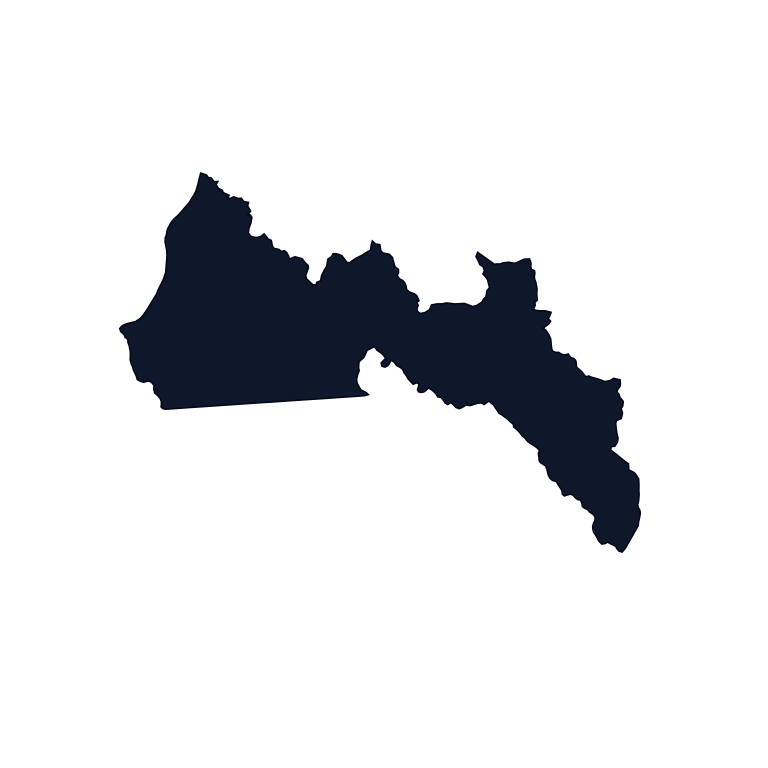 the district of Aragominas, Tocantins, Brazil, rotated 322°
{"feature_id": "56859067B19572205876105", "entity_name": "Aragominas", "entity_type": "district", "adm_level": 2, "iso_a3": "BRA", "parent_name": "Brazil", "parent_adm1": "Tocantins", "projection": "mercator", "projection_center": [-48.592, -6.989], "detail": "fine", "context": "isolated", "style": "filled", "palette": "ink", "viewbox_px": 768, "rotation_deg": 322, "n_neighbors": 0, "source": "geoboundaries", "source_scale": "gbopen_adm2", "svg_char_len": 5475}
<svg xmlns="http://www.w3.org/2000/svg" viewBox="0 0 768 768"><g transform="rotate(322 384 384)"><path d="M209.8,177.5L208.8,181.0L209.6,184.9L208.7,187.8L209.6,191.1L207.8,193.6L206.8,196.8L205.6,199.0L204.3,201.8L201.8,205.2L198.9,208.6L197.3,212.4L196.6,215.2L195.3,218.3L194.5,221.7L193.7,225.1L192.3,228.6L193.5,231.7L195.7,234.7L198.2,235.7L200.4,236.9L201.8,239.3L201.9,243.7L199.4,246.3L197.8,250.0L198.6,254.4L198.6,257.8L197.8,260.6L196.1,262.9L194.2,264.7L194.6,267.5L196.7,269.7L220.6,285.8L226.9,290.1L233.5,294.6L239.9,298.9L278.3,324.9L282.6,327.9L308.8,345.6L319.8,353.1L326.8,357.9L344.0,369.5L357.3,378.5L361.5,381.3L365.2,382.8L364.7,379.8L363.7,377.5L362.2,374.6L362.8,369.6L363.6,366.5L365.1,363.6L367.3,361.9L369.4,360.2L372.6,358.3L374.1,355.5L376.2,353.1L378.1,351.1L381.1,350.9L384.4,350.8L387.5,349.2L391.5,347.1L395.9,348.0L399.4,348.4L399.3,353.0L400.6,357.3L401.3,361.1L401.0,364.8L397.9,365.2L394.7,365.6L393.3,368.8L395.2,371.4L398.2,371.9L400.7,371.3L404.2,369.7L405.4,372.8L405.3,377.3L406.7,380.2L407.7,383.9L406.7,387.7L406.7,391.3L406.1,395.1L406.4,398.3L406.8,402.2L410.5,403.2L411.5,405.6L409.2,407.5L406.8,409.0L406.4,411.4L407.8,413.4L410.5,414.8L413.2,415.0L416.3,414.4L417.5,416.8L418.4,420.2L418.8,423.9L418.4,427.3L420.7,429.6L420.7,433.5L420.4,436.4L421.6,439.5L425.2,439.8L425.9,442.7L426.1,446.5L428.0,449.8L431.4,450.7L435.8,451.1L438.7,454.2L442.2,455.4L446.1,456.9L449.1,458.9L450.3,461.9L453.1,461.9L456.2,462.1L456.7,465.0L457.4,468.1L457.1,471.2L456.9,474.7L456.6,477.9L457.8,480.6L458.8,484.4L459.8,487.8L460.2,491.4L461.1,495.1L459.7,497.8L460.7,501.7L461.0,506.2L461.0,510.5L461.8,512.9L461.7,515.5L461.9,518.0L462.9,521.4L464.5,525.5L465.4,529.1L465.5,532.2L462.9,533.6L461.1,536.9L459.0,540.0L458.9,542.5L459.8,545.0L460.9,547.9L459.8,551.6L458.1,555.2L457.1,557.7L456.7,560.4L457.4,563.8L459.8,567.2L459.2,570.0L459.0,573.8L458.5,577.7L456.6,580.5L457.2,583.3L460.4,584.4L463.4,585.9L464.5,588.3L464.6,591.0L465.4,594.3L467.3,596.3L466.4,600.1L464.9,602.4L465.4,605.1L466.9,607.8L467.3,611.6L468.4,615.2L468.5,618.6L466.4,621.2L463.4,622.7L460.7,624.7L458.9,627.5L457.9,629.8L457.7,633.1L457.2,636.8L456.5,640.2L457.1,644.3L460.3,646.0L462.9,646.3L463.8,648.8L465.4,651.8L466.6,654.8L466.1,657.5L466.2,660.2L468.1,663.1L472.9,662.1L492.2,654.2L497.2,652.2L499.7,649.4L503.2,646.6L506.6,643.5L508.0,640.7L508.4,637.9L509.6,635.3L512.7,632.9L515.3,630.1L517.1,628.1L519.1,625.1L521.3,622.4L523.3,619.8L526.4,615.4L526.8,609.1L526.2,606.7L524.1,602.4L527.6,597.3L526.4,593.7L524.4,585.2L522.1,575.3L524.5,573.4L527.6,575.2L532.1,573.6L534.9,571.1L536.5,567.7L538.0,564.7L539.9,561.6L542.5,557.6L544.7,556.0L549.7,557.3L554.1,553.8L555.7,549.5L558.8,548.2L561.8,545.1L561.8,542.6L561.7,539.8L562.8,536.9L562.9,533.2L565.8,531.8L568.3,531.4L570.5,529.4L572.6,526.0L570.6,523.6L568.4,520.8L564.6,520.5L561.6,519.1L559.3,517.8L557.6,514.7L555.0,510.8L552.1,507.0L550.4,503.8L547.5,502.4L547.4,498.9L547.5,495.8L546.1,489.3L548.2,486.3L549.6,483.4L549.4,480.8L547.5,478.3L547.7,473.8L543.7,471.9L542.1,469.3L541.1,466.5L538.7,464.7L537.2,461.9L537.9,459.4L539.2,457.2L540.7,455.0L543.1,451.2L544.3,446.5L544.7,441.4L543.9,438.0L548.1,438.1L550.8,438.1L554.0,437.1L553.5,433.9L556.6,432.4L559.9,430.4L557.7,427.6L556.1,425.6L552.9,423.1L549.7,420.1L547.6,417.3L551.6,415.1L553.4,412.4L556.3,412.5L558.8,408.7L560.4,406.3L562.8,403.8L564.6,400.7L566.4,397.1L567.1,394.6L568.4,392.2L571.1,389.6L572.4,387.3L570.8,384.6L571.8,382.1L574.4,379.1L575.7,375.0L571.5,372.0L567.0,370.9L562.2,369.8L560.3,368.3L557.5,365.0L552.6,361.9L549.0,360.7L547.2,359.0L544.8,357.7L538.9,337.9L534.9,340.2L533.9,345.6L533.0,348.9L534.3,352.7L532.8,356.5L529.6,358.3L530.0,360.8L529.8,365.5L527.6,370.4L526.6,372.9L522.4,373.9L517.9,378.1L514.8,378.3L511.3,379.7L505.2,379.1L501.7,377.6L497.0,370.0L489.3,364.6L483.1,358.5L479.2,356.6L475.0,353.4L470.1,350.9L465.7,353.4L460.2,352.9L455.9,350.7L455.2,347.6L456.0,345.2L459.5,343.0L460.0,340.0L462.9,339.9L464.2,334.7L463.5,331.7L460.7,327.2L460.0,323.6L461.9,320.0L462.7,316.6L462.5,314.0L461.1,310.9L461.0,307.0L464.1,305.2L466.0,302.5L464.9,298.6L465.7,296.3L467.3,292.3L468.6,289.6L468.1,285.0L463.9,280.1L463.6,277.0L466.6,271.6L463.5,268.5L462.9,264.1L459.0,267.0L455.9,270.2L449.2,269.2L446.0,269.1L443.1,268.4L438.5,267.5L434.9,267.3L431.8,267.3L429.6,265.3L429.9,256.9L428.1,253.9L426.3,251.6L424.0,250.0L421.2,251.3L416.7,251.0L411.2,256.0L408.0,257.1L401.7,260.0L397.5,263.6L394.0,262.5L391.1,263.9L389.1,262.1L387.8,253.7L389.1,250.3L395.9,246.1L397.2,243.8L396.6,239.9L396.6,234.8L392.3,229.0L389.7,228.1L386.4,227.5L387.6,224.4L388.3,220.2L387.6,217.5L384.8,216.4L384.1,213.2L381.1,209.8L380.9,207.0L383.6,201.4L382.0,198.4L382.0,191.9L377.8,191.8L374.8,190.7L372.4,188.9L370.0,185.3L370.2,181.4L373.4,178.2L378.4,175.1L382.5,171.4L382.8,168.6L381.1,166.7L385.4,165.7L386.3,159.5L389.1,157.5L385.9,153.9L386.0,149.8L383.3,148.0L382.0,145.8L380.6,143.8L377.1,143.1L375.3,141.0L378.2,140.0L375.2,134.2L375.8,131.5L374.0,128.0L374.6,123.3L377.8,122.1L374.7,120.0L374.8,115.3L372.7,113.0L372.8,109.9L369.4,104.9L364.6,108.5L360.0,112.3L354.5,116.2L351.1,117.8L341.8,121.2L326.1,124.2L320.1,124.6L314.8,125.9L308.1,129.0L304.0,132.7L301.7,134.0L298.8,137.4L295.1,144.8L292.1,149.1L280.6,161.7L274.5,165.7L262.8,171.3L260.5,172.9L242.0,179.8L235.9,181.6L232.5,182.2L226.6,181.8L220.6,179.1L218.0,177.9L213.9,176.9L209.8,177.5Z" fill="#0f172a" stroke="#020617" stroke-width="1.5"/></g></svg>